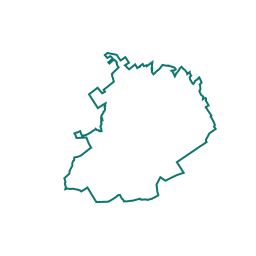 outline of Huhí, Yucatán, Mexico, rotated 51°
{"feature_id": "50627088B5234987061010", "entity_name": "Huhí", "entity_type": "district", "adm_level": 2, "iso_a3": "MEX", "parent_name": "Mexico", "parent_adm1": "Yucatán", "projection": "natural_earth1", "projection_center": [-89.155, 20.688], "detail": "fine", "context": "isolated", "style": "outline", "palette": "teal", "viewbox_px": 256, "rotation_deg": 51, "n_neighbors": 0, "source": "geoboundaries", "source_scale": "gbopen_adm2", "svg_char_len": 4469}
<svg xmlns="http://www.w3.org/2000/svg" viewBox="0 0 256 256"><g transform="rotate(51 128 128)"><path d="M197.9,112.9L185.3,111.5L187.6,84.2L188.4,75.8L187.2,75.7L186.5,75.0L186.1,74.6L183.4,68.1L183.9,60.4L181.1,60.3L180.5,58.7L177.0,57.5L171.0,56.5L171.0,56.0L170.9,55.4L160.7,54.5L160.7,54.1L161.0,53.0L161.2,51.1L160.3,50.9L159.8,50.9L159.1,50.8L157.3,50.5L156.4,50.4L155.8,50.5L155.5,50.1L155.3,49.5L153.9,49.1L153.8,48.8L153.5,48.8L153.4,49.3L152.9,50.2L152.7,50.9L152.7,51.5L151.1,49.8L150.5,49.8L148.7,50.3L148.0,50.3L145.7,49.8L144.2,49.3L144.1,48.6L143.4,47.3L141.0,45.6L140.5,45.3L139.8,45.1L139.4,45.0L139.0,42.2L135.3,41.2L133.5,40.8L133.5,41.4L133.6,41.9L133.9,43.3L133.6,46.2L134.0,46.9L134.2,47.4L134.9,49.6L133.9,49.8L131.7,49.5L131.0,49.3L130.0,49.3L129.7,49.2L127.3,48.1L127.1,45.9L126.0,46.0L125.6,45.8L125.2,45.6L123.7,45.3L123.4,45.0L123.2,46.2L123.4,47.0L123.5,47.7L123.5,48.1L121.6,47.3L120.7,47.4L119.9,47.3L118.6,47.3L118.1,47.5L116.6,47.8L114.2,47.9L114.3,48.3L114.2,48.6L114.3,50.1L114.8,51.2L115.0,51.8L115.1,52.2L115.3,53.1L115.4,53.3L115.4,53.6L115.9,55.0L115.8,56.1L116.7,57.6L117.2,58.4L117.4,59.1L115.0,58.5L114.3,58.2L113.7,58.2L113.1,58.1L111.8,57.9L110.9,58.2L111.0,57.8L111.1,57.4L111.5,57.1L112.4,55.8L112.4,54.3L112.4,53.9L111.3,53.8L109.8,54.1L109.1,54.5L106.1,56.6L105.8,57.1L105.1,57.1L104.9,57.5L104.6,57.7L104.3,58.0L104.1,58.7L103.0,59.6L100.7,61.5L101.9,66.2L101.9,70.9L102.2,72.0L102.3,74.4L99.5,74.2L96.5,71.4L96.4,71.5L96.4,71.9L92.1,67.6L91.8,74.5L90.9,74.2L89.9,76.8L87.5,76.3L87.4,78.9L87.4,80.0L87.9,80.2L87.8,80.9L87.5,81.2L87.4,81.3L87.3,82.3L87.3,83.1L84.4,82.6L83.1,82.4L83.1,83.9L83.1,86.4L83.1,87.8L83.1,89.2L83.1,90.2L80.6,90.6L80.0,90.7L78.9,90.6L77.4,90.9L77.9,86.2L76.6,86.1L75.8,86.0L75.6,86.0L73.2,85.7L71.6,85.6L71.3,85.5L71.2,85.9L71.2,86.5L71.2,88.6L71.1,89.2L71.0,89.6L70.9,90.1L70.8,91.3L69.1,91.2L68.1,91.1L67.4,91.1L65.9,90.9L65.0,90.8L64.9,90.8L64.7,90.8L64.3,90.8L63.9,90.8L56.8,96.8L56.7,100.1L60.5,100.0L61.2,96.5L61.9,96.3L62.2,96.3L63.4,96.1L64.4,96.3L64.6,102.0L66.2,101.9L65.9,95.9L66.3,95.8L69.0,95.3L69.6,95.4L69.5,95.6L72.7,97.0L75.0,97.1L75.8,106.5L76.6,106.7L77.4,107.4L77.9,107.8L79.9,108.3L80.2,108.6L83.0,109.8L83.1,111.3L83.0,122.9L85.3,123.1L84.9,125.2L84.8,126.2L77.6,126.3L77.3,137.1L93.6,138.9L94.4,131.4L94.6,130.5L94.7,129.9L95.1,130.4L95.0,130.7L95.0,130.9L95.2,131.3L95.4,131.5L95.7,131.8L96.3,131.8L96.6,131.9L96.4,132.4L96.6,132.7L97.0,132.9L97.4,133.3L97.6,133.4L98.2,133.4L98.6,133.6L98.9,134.0L99.5,134.7L99.7,135.2L100.0,136.0L100.0,136.4L99.9,136.8L100.2,137.0L100.4,137.1L100.6,137.3L100.6,137.6L100.7,138.1L101.0,138.7L101.1,139.1L101.3,139.6L101.3,140.0L101.4,140.3L101.8,140.8L102.3,141.7L102.7,142.0L103.2,142.2L103.5,142.8L104.0,143.1L104.0,142.7L104.0,142.1L104.3,142.2L104.7,142.3L105.5,142.7L106.2,143.1L106.0,143.8L105.8,144.4L106.3,144.9L106.6,145.4L107.5,145.7L108.0,145.7L108.2,145.9L108.2,146.3L108.2,146.5L108.7,147.0L108.8,147.3L109.1,147.7L109.1,148.1L109.4,148.4L109.9,148.5L110.4,149.0L110.9,149.0L111.4,149.2L111.9,149.4L112.6,149.9L113.1,150.1L113.5,150.3L113.8,150.5L113.5,150.8L113.0,151.2L113.0,151.5L112.8,151.5L112.6,152.0L112.3,152.2L112.0,151.9L111.3,152.2L110.4,153.1L110.1,153.3L108.2,153.7L108.5,154.5L108.1,157.7L108.1,159.5L107.2,164.4L105.2,168.7L100.3,167.2L99.6,170.2L99.2,170.6L98.5,173.0L99.9,173.1L103.3,174.3L109.2,166.3L115.1,168.2L118.1,168.7L120.2,169.1L120.0,170.1L119.8,180.9L119.8,181.4L119.5,183.3L118.7,185.1L118.6,185.5L117.4,187.6L117.2,188.3L119.2,190.3L119.1,191.5L120.4,193.6L122.3,195.0L124.4,200.0L126.0,201.8L126.6,202.3L127.0,209.1L130.7,210.6L130.9,211.0L131.1,211.7L132.1,212.4L134.9,213.5L136.1,215.2L136.8,213.3L138.2,212.0L138.8,211.6L139.8,210.0L140.2,209.4L144.5,205.7L145.1,205.6L146.3,204.5L147.9,204.3L148.4,200.2L148.5,200.1L148.7,197.0L153.5,197.6L153.8,197.6L154.7,197.8L165.6,199.2L172.8,189.8L173.5,186.5L173.4,186.3L173.8,184.2L173.7,184.0L174.0,181.5L174.1,181.0L174.0,179.4L174.1,177.7L174.9,176.4L176.5,176.7L179.0,177.2L180.5,177.0L181.1,176.9L182.4,177.4L182.7,176.9L183.5,175.9L184.0,175.6L186.3,171.7L186.7,171.3L187.9,169.2L188.4,167.8L188.6,167.5L188.7,167.1L190.6,163.1L191.1,162.9L191.5,163.0L191.9,162.9L192.0,162.9L194.5,159.4L195.0,158.8L196.4,157.9L196.8,156.5L197.5,155.1L198.0,154.1L199.3,147.6L199.3,146.7L196.0,145.3L195.5,145.0L189.9,141.4L186.6,133.8L192.5,132.1L193.2,128.8L194.7,122.2L195.5,119.2L197.9,112.9Z" fill="none" stroke="#0f766e" stroke-width="2"/></g></svg>